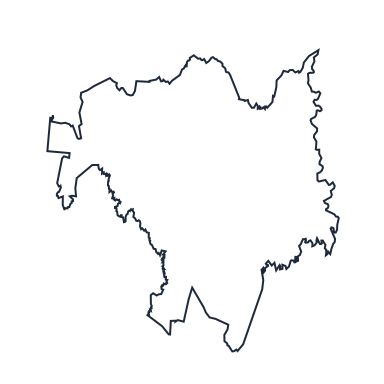 Mazozolu pag., Ogre, Latvia, rotated 276°
{"feature_id": "27541924B71176066479064", "entity_name": "Mazozolu pag.", "entity_type": "district", "adm_level": 2, "iso_a3": "LVA", "parent_name": "Latvia", "parent_adm1": "Ogre", "projection": "robinson", "projection_center": [25.443, 56.925], "detail": "fine", "context": "isolated", "style": "outline", "palette": "slate", "viewbox_px": 384, "rotation_deg": 276, "n_neighbors": 0, "source": "geoboundaries", "source_scale": "gbopen_adm2", "svg_char_len": 6047}
<svg xmlns="http://www.w3.org/2000/svg" viewBox="0 0 384 384"><g transform="rotate(276 192 192)"><path d="M144.7,336.0L150.0,336.6L155.1,337.8L157.0,339.1L160.2,339.2L170.1,333.7L171.4,334.4L170.9,336.4L167.5,337.3L166.5,338.2L166.8,339.2L169.6,340.2L174.8,339.9L181.2,340.7L182.6,339.7L182.6,337.8L184.7,335.9L187.8,327.2L189.1,327.2L190.1,328.6L191.8,329.2L193.2,328.9L194.3,328.1L194.8,325.5L196.9,324.1L201.6,330.8L203.9,331.3L207.5,329.9L210.5,332.9L213.1,333.3L216.3,331.0L213.7,328.6L213.3,327.4L217.9,323.4L215.7,317.2L216.7,315.6L223.5,314.7L225.0,317.3L227.1,319.0L230.0,319.6L231.4,319.1L232.9,315.9L235.6,315.8L239.2,317.2L243.3,314.5L247.4,314.1L247.0,311.6L247.4,310.7L255.1,310.5L259.1,307.5L261.5,307.6L265.4,310.0L268.3,309.8L272.3,304.1L275.8,302.4L277.0,302.8L279.7,306.7L282.0,307.5L285.9,307.5L286.4,308.5L285.8,310.9L286.9,312.3L288.4,312.1L290.3,310.3L291.1,308.9L290.7,306.3L294.4,303.4L296.5,304.3L296.6,306.3L297.7,307.5L303.6,309.3L305.2,307.6L303.6,304.7L304.4,303.0L304.4,300.7L308.2,299.2L312.3,295.9L315.1,296.2L321.7,295.0L322.7,296.1L323.3,300.1L324.1,300.7L325.7,300.0L326.7,298.6L329.1,298.1L334.7,300.1L338.5,299.1L341.9,302.5L346.3,302.9L339.4,294.1L332.4,289.7L327.2,289.2L322.7,287.2L322.8,286.3L322.0,285.9L323.3,285.1L321.7,282.2L323.9,279.4L323.4,276.4L321.4,275.1L322.0,270.4L317.2,268.7L311.9,264.5L305.1,264.9L296.0,263.9L295.4,263.6L296.0,262.5L289.9,262.6L283.6,258.0L284.9,257.0L284.7,255.7L282.2,255.8L283.7,254.1L282.4,253.1L281.8,251.3L283.4,251.3L284.0,250.5L282.8,250.4L281.6,248.7L284.5,248.4L286.7,246.7L282.3,244.8L282.0,242.7L286.5,238.9L289.3,238.0L288.1,234.9L288.8,234.7L289.2,229.0L290.7,229.1L312.1,217.8L314.7,215.9L314.8,213.6L315.4,213.1L318.5,212.1L320.4,209.2L322.9,208.8L324.7,206.4L325.1,204.0L326.6,202.6L326.6,201.2L328.3,198.8L327.6,197.4L323.9,195.2L321.8,192.7L325.5,190.2L324.1,188.4L324.2,187.6L325.7,186.2L325.2,184.1L328.1,179.5L325.1,175.8L323.6,176.2L322.5,175.5L322.3,174.3L320.6,173.4L317.0,173.5L317.5,172.6L316.1,172.5L316.3,171.8L313.9,170.9L313.0,169.4L307.1,167.7L300.7,160.6L297.3,158.3L299.4,156.4L298.7,154.5L300.7,151.8L299.2,151.2L298.8,149.7L302.9,147.3L300.1,144.7L298.0,138.1L297.1,138.2L296.4,125.1L286.5,124.7L282.3,123.0L281.6,120.9L282.4,117.1L288.2,112.3L288.0,110.8L285.6,109.2L287.7,106.7L290.2,105.5L292.4,105.9L294.0,101.9L296.7,98.5L287.1,83.5L282.2,77.4L279.1,71.4L274.4,71.3L270.1,73.8L259.3,71.7L248.0,75.1L245.8,72.7L233.8,76.1L233.0,73.9L233.7,72.4L245.6,66.4L244.6,64.9L246.5,63.1L247.6,58.7L246.5,54.6L247.5,44.5L251.4,46.2L253.8,45.7L250.6,45.1L250.9,43.3L217.5,43.9L217.9,66.2L213.1,66.2L214.1,60.9L211.8,59.3L186.8,57.0L183.7,58.9L184.0,59.4L183.4,60.4L184.0,60.7L182.8,61.1L178.3,59.8L177.5,58.5L175.8,57.8L174.2,58.0L174.2,58.9L172.0,59.9L174.1,64.0L165.6,64.8L160.7,67.2L162.7,67.1L162.7,69.9L164.0,70.1L164.2,71.5L167.4,72.3L168.5,73.5L170.1,73.3L170.5,74.6L172.4,74.3L174.9,70.9L175.7,73.1L175.6,77.1L183.5,75.6L193.8,75.9L208.4,90.0L209.1,95.9L205.3,96.9L204.2,98.2L205.9,100.2L200.9,100.6L202.3,102.2L200.7,102.6L201.0,104.2L199.8,104.6L201.5,105.4L200.8,106.4L199.2,106.2L199.5,107.5L200.6,108.1L199.9,108.6L195.9,107.7L194.4,108.1L194.0,107.5L189.6,107.8L189.3,108.6L186.5,109.1L186.5,109.7L183.4,109.9L185.0,111.5L183.8,112.2L184.1,114.0L183.4,114.4L181.8,113.2L180.5,113.8L177.6,113.3L178.0,114.6L177.2,114.7L177.7,115.4L176.2,115.5L175.5,116.5L176.8,117.9L176.2,119.2L176.6,120.3L175.5,120.5L174.7,122.0L173.6,121.7L174.3,120.8L173.2,120.7L172.5,119.6L170.2,119.4L169.2,117.0L168.1,117.1L168.4,118.0L167.5,118.7L165.1,118.8L164.7,119.6L161.1,120.4L160.0,122.4L160.1,123.5L161.4,123.6L161.5,124.5L159.7,124.4L159.6,126.1L154.9,127.5L155.3,128.5L155.9,129.0L160.4,128.6L162.7,129.2L163.3,130.2L165.9,130.5L167.0,131.6L166.6,132.3L168.4,133.2L167.9,133.7L168.6,134.9L167.1,134.9L165.3,136.6L161.0,136.3L159.8,138.2L157.6,139.5L157.4,140.9L158.3,141.9L157.7,143.0L155.4,144.0L152.3,143.9L149.7,145.3L150.7,146.3L148.5,148.5L149.8,149.6L147.2,151.1L146.9,153.3L142.1,153.7L141.6,154.9L139.9,154.5L139.0,155.6L138.1,155.2L135.8,156.3L135.2,157.7L131.5,159.8L131.5,161.7L128.4,162.8L127.6,163.9L127.9,164.5L126.9,164.9L127.4,165.8L125.7,166.8L130.7,168.0L130.2,171.9L126.7,169.7L126.6,171.2L123.6,171.4L123.3,170.6L124.2,170.2L122.3,169.1L122.2,170.7L121.0,170.7L120.5,169.8L120.0,170.6L119.0,170.1L119.2,170.9L116.0,171.3L115.1,170.4L114.7,171.0L113.2,170.9L113.4,171.6L112.9,172.1L113.0,171.5L112.1,171.2L111.3,172.1L110.3,171.7L107.7,172.6L109.0,173.0L108.3,173.3L105.1,173.2L104.5,173.5L104.8,175.0L102.3,175.0L101.9,176.6L100.8,175.9L98.9,176.9L97.6,175.7L98.2,175.0L97.4,174.1L97.8,173.5L95.9,173.1L95.2,172.4L95.9,171.9L94.8,171.3L92.3,171.9L91.9,173.6L87.3,172.1L86.8,169.7L85.4,167.7L87.2,163.9L85.1,161.8L76.4,162.8L74.4,163.9L73.0,163.2L72.3,164.0L71.0,163.0L69.8,163.4L70.3,162.6L69.5,162.8L69.1,161.8L68.4,162.0L68.4,162.9L67.7,161.4L65.6,162.0L66.2,161.4L65.2,161.5L65.6,161.1L64.9,160.6L55.4,176.3L48.0,183.7L48.0,185.1L61.6,184.4L62.3,189.3L61.4,189.2L63.1,191.2L62.2,197.3L85.1,199.9L96.9,202.2L78.6,215.6L73.6,218.4L69.1,222.6L68.3,228.6L63.8,241.9L59.0,241.7L53.2,239.1L47.0,239.9L45.1,242.8L43.1,243.3L43.0,244.4L37.7,248.7L38.0,250.3L39.9,252.6L38.6,253.9L45.9,258.8L102.6,272.0L111.8,272.1L121.9,269.3L123.8,270.7L119.4,271.6L121.5,272.9L123.9,272.4L126.3,275.3L127.2,275.2L127.6,273.5L128.4,272.9L131.5,275.1L127.2,279.0L130.2,281.4L122.8,283.9L128.5,286.8L127.5,287.5L124.2,287.6L125.0,290.0L129.1,289.5L128.2,292.7L125.3,293.9L127.9,296.2L134.0,297.4L134.5,298.1L134.4,300.4L132.7,301.2L132.9,301.9L138.3,301.6L138.3,302.3L134.1,303.6L134.7,304.7L138.9,303.9L140.7,305.9L144.2,306.8L149.6,304.1L151.0,305.4L156.7,307.3L156.7,308.8L157.4,309.9L156.1,310.4L154.0,309.7L153.5,310.3L154.1,312.9L155.6,313.5L156.3,314.9L153.6,317.2L150.6,317.3L151.7,319.4L155.1,321.5L156.5,320.8L159.0,321.2L153.7,324.6L153.6,325.5L154.4,326.5L157.2,325.8L157.4,327.1L153.2,330.3L150.0,329.9L148.8,331.2L146.2,331.9L143.1,331.8L144.4,333.2L147.0,333.6L144.7,336.0Z" fill="none" stroke="#1e293b" stroke-width="2"/></g></svg>